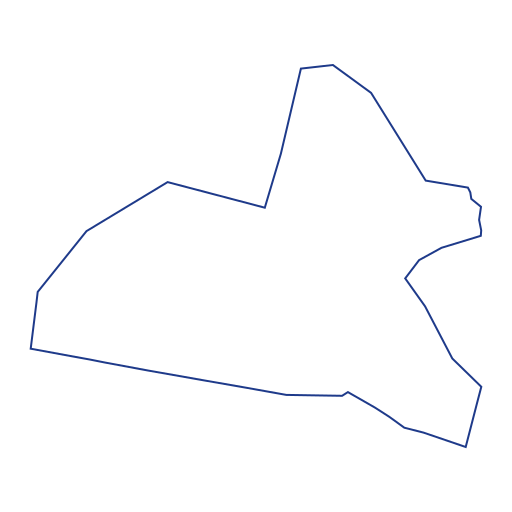 San Pedro Taviche, Oaxaca, Mexico (orthographic projection)
{"feature_id": "50627088B42650347331472", "entity_name": "San Pedro Taviche", "entity_type": "district", "adm_level": 2, "iso_a3": "MEX", "parent_name": "Mexico", "parent_adm1": "Oaxaca", "projection": "orthographic", "projection_center": [-96.523, 16.649], "detail": "fine", "context": "isolated", "style": "outline", "palette": "blue", "viewbox_px": 512, "rotation_deg": 0, "n_neighbors": 0, "source": "geoboundaries", "source_scale": "gbopen_adm2", "svg_char_len": 645}
<svg xmlns="http://www.w3.org/2000/svg" viewBox="0 0 512 512"><path d="M465.7,447.0L476.7,404.4L481.3,386.8L452.3,358.5L425.1,306.4L405.2,278.4L419.1,260.1L441.5,247.8L480.8,235.8L481.2,230.4L479.1,219.9L481.0,206.8L471.3,198.9L470.3,192.4L467.9,187.6L425.7,180.6L371.1,92.9L332.9,65.0L300.9,68.6L280.9,153.6L280.7,154.3L264.8,207.7L213.2,194.1L167.6,182.1L86.5,231.1L62.6,260.9L37.7,291.9L36.5,302.2L30.7,348.7L70.3,356.0L89.7,359.5L104.8,362.5L147.9,370.5L202.4,380.1L246.6,387.8L286.3,394.9L310.7,395.3L342.1,395.8L347.9,392.1L374.8,407.5L389.4,416.9L404.3,427.7L423.5,432.6L465.7,447.0Z" fill="none" stroke="#1e3a8a" stroke-width="2"/></svg>